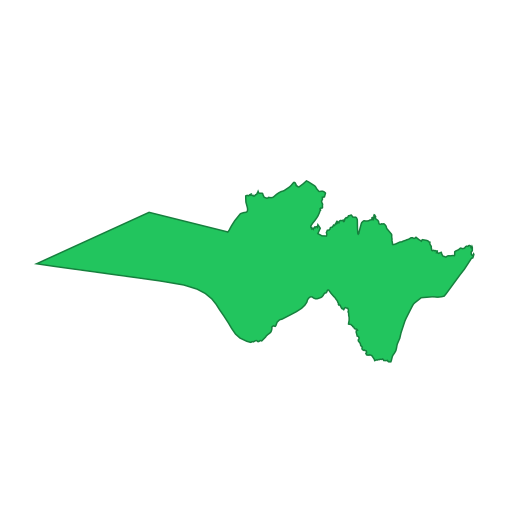 outline of Nyando, Nyanza, Kenya, rotated 14°
{"feature_id": "3690345B75499732008954", "entity_name": "Nyando", "entity_type": "district", "adm_level": 2, "iso_a3": "KEN", "parent_name": "Kenya", "parent_adm1": "Nyanza", "projection": "equal_earth", "projection_center": [34.954, -0.207], "detail": "fine", "context": "isolated", "style": "filled", "palette": "green", "viewbox_px": 512, "rotation_deg": 14, "n_neighbors": 0, "source": "geoboundaries", "source_scale": "gbopen_adm2", "svg_char_len": 6168}
<svg xmlns="http://www.w3.org/2000/svg" viewBox="0 0 512 512"><g transform="rotate(14 256 256)"><path d="M168.0,303.5L192.8,301.6L206.9,302.4L215.8,304.6L223.5,308.3L229.0,312.5L233.6,316.9L239.4,322.0L245.4,327.6L249.8,332.1L255.0,336.7L260.3,339.5L267.7,341.0L271.6,341.1L272.2,340.8L272.6,340.3L273.1,340.0L274.3,339.9L275.9,338.4L276.6,338.0L277.2,337.9L278.3,338.6L279.1,338.5L279.8,337.9L280.5,337.0L282.1,337.0L284.5,333.0L285.0,332.1L285.3,331.1L286.5,329.3L288.0,327.5L288.6,326.6L288.9,325.8L289.1,323.9L288.9,322.2L288.5,321.3L288.8,320.7L289.4,320.1L289.7,319.5L290.4,319.5L291.0,319.7L291.7,319.6L292.1,318.7L292.5,315.1L294.4,312.1L296.5,311.0L303.9,304.5L308.7,300.2L312.9,295.7L315.3,291.9L316.5,288.5L316.6,286.0L317.3,284.1L318.6,282.5L320.3,282.1L322.3,282.9L324.2,283.1L325.9,282.6L329.1,280.5L330.0,279.5L330.7,278.0L330.9,277.1L331.2,276.5L331.5,275.5L332.9,274.8L333.3,274.0L333.6,272.0L334.1,271.5L334.8,271.5L337.6,273.9L341.6,276.7L342.4,277.0L344.0,278.5L345.6,279.7L346.9,281.5L347.6,282.0L347.6,282.9L348.3,283.6L349.1,283.3L349.7,283.5L350.2,284.3L351.9,286.2L352.6,285.9L353.3,286.6L354.1,286.9L354.3,286.2L354.5,285.1L355.2,284.4L356.3,284.6L357.0,284.5L357.7,284.6L358.4,285.4L359.1,287.3L358.8,287.9L359.7,289.0L360.3,291.2L361.2,293.0L361.9,295.8L362.0,296.7L362.1,298.9L362.3,299.7L364.8,299.5L365.4,300.0L366.6,300.5L366.9,301.1L367.5,301.1L368.2,301.5L369.1,302.6L370.5,302.8L371.3,302.6L371.9,302.9L372.5,303.5L371.4,304.4L371.7,305.9L372.1,306.5L373.6,309.3L374.3,309.2L374.9,309.5L375.4,310.0L375.9,310.7L375.9,311.7L375.5,312.6L375.8,313.6L378.4,315.7L379.3,317.7L380.1,317.9L380.7,318.3L381.1,319.0L381.2,320.1L381.5,320.7L382.0,321.1L383.3,321.5L384.0,321.0L384.6,321.4L385.8,321.3L386.3,322.0L386.7,323.1L386.1,323.8L387.1,325.1L387.9,325.3L388.4,324.9L389.7,325.0L390.2,324.3L392.4,324.6L395.5,327.3L396.5,328.8L398.2,327.5L398.7,327.7L399.7,326.9L400.5,326.9L401.1,326.3L401.7,326.1L403.1,325.9L403.8,325.3L404.6,325.7L405.2,326.5L407.4,326.1L408.8,325.5L409.4,326.2L410.2,326.6L412.4,326.1L412.6,324.9L412.6,320.8L412.8,319.4L413.9,316.5L414.6,314.0L414.6,311.3L414.4,308.8L414.4,307.2L415.4,301.0L415.3,295.5L416.2,283.1L416.7,280.2L418.9,270.5L419.9,266.3L420.5,264.4L421.3,263.1L426.4,256.5L436.7,253.0L438.9,252.5L441.8,252.1L443.1,251.7L446.2,250.5L448.3,249.4L449.6,246.7L458.5,224.9L461.4,218.4L465.5,206.5L465.9,205.8L466.7,205.6L466.9,204.6L467.0,201.8L466.6,201.3L466.4,202.3L466.0,203.1L465.2,202.9L464.5,202.3L463.8,200.0L464.3,199.3L464.6,198.5L463.8,195.3L463.3,194.6L463.2,196.1L462.6,195.9L461.8,194.4L460.7,194.1L459.8,194.5L459.4,195.4L458.0,195.5L457.5,195.9L457.0,196.5L456.8,197.2L456.2,198.1L454.7,198.9L452.7,198.8L452.2,199.2L451.1,200.8L448.4,203.0L447.8,203.8L448.5,206.9L448.4,207.7L446.9,207.9L444.4,208.9L443.0,209.1L442.3,209.4L441.7,209.8L440.5,211.1L439.8,211.1L439.1,210.9L437.8,211.0L437.1,210.6L436.5,209.9L435.9,209.5L435.4,208.4L434.8,207.6L432.5,209.3L431.9,209.0L430.5,209.1L430.9,208.3L430.7,207.3L429.2,207.6L428.6,207.4L427.8,207.8L427.2,207.5L426.7,207.6L425.9,208.2L425.1,207.9L424.7,206.8L424.1,205.7L423.8,204.4L423.2,203.7L422.3,202.9L421.7,202.1L421.4,200.5L420.4,200.5L419.1,199.7L417.5,199.6L413.5,199.9L413.1,200.5L412.9,201.6L410.4,200.8L406.7,199.1L406.2,199.9L405.4,200.6L404.6,200.7L403.4,200.4L402.0,200.8L400.2,202.7L398.2,203.9L397.4,204.6L395.1,206.0L394.1,207.0L392.3,207.6L387.9,211.1L387.3,211.2L386.2,211.9L385.6,211.5L384.8,209.3L384.1,208.1L383.9,206.7L383.1,204.8L382.6,202.7L382.1,202.0L376.1,197.6L375.3,196.1L374.9,195.5L373.8,194.6L372.3,193.8L371.1,194.3L370.0,194.4L369.5,195.0L368.0,195.2L367.3,194.6L366.8,193.3L366.3,192.6L365.6,192.0L362.8,190.7L362.4,190.0L362.7,189.1L361.2,187.5L360.7,187.4L360.6,188.3L361.4,190.4L360.8,190.7L360.0,190.3L359.3,190.8L359.6,191.5L360.9,191.7L361.1,192.4L360.4,192.6L359.8,192.2L359.2,192.4L359.0,193.1L357.7,193.6L357.1,194.3L356.3,194.8L354.2,195.5L352.6,195.6L351.8,196.0L350.5,198.0L350.3,199.4L350.3,201.1L350.2,208.0L350.3,209.3L349.9,210.1L349.4,209.7L349.1,208.9L347.5,203.7L346.1,198.4L345.5,196.3L344.9,195.4L344.2,194.6L343.3,194.2L342.6,194.6L342.0,194.5L340.6,194.9L339.0,193.5L338.4,193.2L337.2,194.1L336.0,194.6L335.8,195.8L335.0,197.0L334.2,196.9L333.3,198.3L333.3,200.4L333.1,201.2L332.6,201.4L331.8,200.1L331.3,200.7L330.5,201.0L329.6,201.0L328.9,201.5L328.3,202.4L328.5,203.7L327.8,203.8L327.0,203.1L326.2,202.7L325.9,203.5L326.9,204.5L326.5,205.3L325.4,205.0L325.0,206.8L324.6,207.5L323.8,207.2L323.1,209.5L321.9,210.0L321.3,210.6L321.3,212.0L320.4,213.4L319.5,213.5L318.9,213.9L318.9,214.7L318.6,216.3L319.5,217.7L319.5,219.6L315.1,220.5L310.6,219.3L311.6,213.5L308.5,210.7L308.6,213.2L308.0,212.7L306.5,213.5L306.4,214.2L305.8,213.9L305.6,214.9L304.8,215.3L305.0,216.0L304.3,215.6L303.7,216.4L303.0,215.7L303.0,214.8L302.2,214.8L301.9,213.6L303.1,210.3L304.4,207.6L305.6,204.6L306.4,202.2L307.1,198.4L307.0,197.5L307.6,195.8L307.1,195.5L306.7,194.9L307.1,193.9L308.4,193.6L308.8,193.0L308.2,190.7L308.1,189.6L306.8,188.0L306.3,186.7L306.5,185.9L306.8,185.3L306.2,183.0L306.8,183.0L307.4,182.2L308.1,182.1L308.2,178.2L307.7,177.8L306.6,177.3L305.1,177.0L303.6,177.4L302.2,178.0L301.4,178.1L298.7,176.2L297.0,174.4L295.9,173.7L289.0,171.4L286.8,170.9L284.2,174.7L281.1,178.5L280.3,178.8L279.0,178.1L278.2,178.2L277.8,177.7L277.6,177.0L276.2,175.5L275.1,175.3L274.6,175.8L273.0,179.1L272.1,180.5L271.3,181.5L267.4,185.8L266.1,186.7L264.8,187.4L262.8,189.2L261.0,191.2L259.0,194.1L258.3,194.9L257.5,195.4L256.4,195.8L253.9,196.1L253.4,197.0L252.3,197.4L251.7,197.2L251.0,197.2L249.6,196.9L247.9,194.8L247.4,193.9L246.9,193.6L244.0,194.3L243.3,194.1L242.4,192.8L242.3,193.6L241.9,194.8L241.8,195.9L240.6,196.8L240.3,197.7L239.6,198.4L238.9,198.4L238.3,197.8L237.9,198.2L236.7,198.0L236.1,198.1L236.2,197.2L235.7,197.5L235.6,198.4L234.9,198.3L234.4,199.3L232.8,199.3L232.1,199.7L231.5,200.2L232.2,202.9L233.2,206.2L235.8,210.9L236.5,212.5L236.7,213.7L236.7,214.9L236.1,215.8L233.5,216.9L231.1,218.4L230.5,219.0L226.8,227.0L225.0,232.4L224.3,235.0L223.8,237.3L222.8,239.7L222.1,239.5L141.7,239.5L45.0,316.6L62.4,314.9L168.0,303.5Z" fill="#22c55e" stroke="#15803d" stroke-width="1.5"/></g></svg>